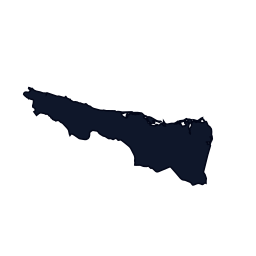 outline of Sinaloa, rotated 145°
{"feature_id": "MEX-2711", "entity_name": "Sinaloa", "entity_type": "State", "adm_level": 1, "iso_a3": "MEX", "parent_name": "Mexico", "parent_adm1": "", "projection": "robinson", "projection_center": [-107.612, 24.763], "detail": "fine", "context": "isolated", "style": "filled", "palette": "ink", "viewbox_px": 256, "rotation_deg": 145, "n_neighbors": 0, "source": "natural_earth", "source_scale": "10m", "svg_char_len": 5755}
<svg xmlns="http://www.w3.org/2000/svg" viewBox="0 0 256 256"><g transform="rotate(145 128 128)"><path d="M184.6,215.7L184.9,215.5L184.3,214.4L184.0,214.2L183.7,214.7L183.2,212.5L182.0,210.7L179.3,207.8L177.8,205.7L177.2,205.1L175.8,204.1L175.3,203.5L175.2,203.2L175.8,202.2L175.0,202.5L174.2,203.2L167.9,194.6L166.6,193.9L166.0,193.3L162.8,189.4L162.3,189.1L161.2,189.6L160.9,189.4L160.9,187.6L160.7,187.1L159.5,185.1L158.9,184.6L158.9,184.4L159.3,184.1L159.2,183.8L157.7,180.7L157.3,180.3L156.7,180.1L156.1,179.7L154.7,178.3L153.8,176.5L152.9,176.0L151.7,174.2L150.7,173.0L150.1,172.5L148.6,172.0L148.3,171.2L148.0,169.4L146.4,167.2L146.0,165.5L145.0,163.7L140.5,158.4L138.9,157.1L137.8,156.6L136.0,154.7L129.0,149.6L128.7,149.2L128.5,148.3L128.2,147.9L126.8,147.3L125.6,146.3L123.5,144.2L115.7,139.1L115.2,138.5L114.9,137.8L115.0,137.4L115.8,137.9L115.9,138.7L118.9,140.3L123.6,143.5L125.0,144.3L123.2,143.0L123.3,142.6L123.9,142.9L125.0,143.8L125.2,143.3L124.8,143.3L125.7,142.1L125.7,141.4L125.6,140.9L124.3,137.8L124.0,137.4L122.8,137.0L121.8,137.5L121.5,137.9L122.0,138.0L122.9,137.7L123.2,137.9L123.0,138.3L121.8,139.5L120.8,139.9L120.2,139.4L119.7,138.7L119.0,138.2L118.1,138.7L117.6,138.5L116.7,137.6L116.5,136.6L115.6,136.1L114.2,134.5L113.8,134.4L113.3,134.7L111.9,133.4L111.1,133.0L110.3,132.8L110.5,133.3L112.3,135.1L114.3,136.5L114.7,137.1L113.8,136.9L111.3,135.2L108.4,132.5L108.1,131.9L107.6,129.3L106.9,128.0L106.4,127.6L106.2,127.1L106.3,127.0L107.0,127.1L108.4,128.2L108.9,128.2L109.2,127.4L109.0,126.7L108.6,126.0L107.8,125.1L108.2,124.7L108.1,122.1L108.7,120.6L108.3,120.0L107.0,118.8L106.6,118.7L106.6,119.5L107.1,122.0L106.8,125.1L106.7,125.5L106.2,125.6L105.6,125.1L105.3,125.7L104.1,124.8L103.0,123.3L100.4,117.7L99.6,116.6L98.4,115.5L97.5,114.9L97.3,114.5L98.7,114.6L99.3,115.0L99.6,115.7L101.6,118.2L102.1,119.5L102.8,119.3L103.6,119.8L103.9,119.7L103.9,118.6L103.8,118.0L103.1,118.2L102.8,117.9L103.1,117.0L103.7,116.5L104.7,117.7L105.2,118.0L106.7,118.2L107.8,118.7L108.1,118.4L108.1,117.6L104.7,114.2L104.2,114.0L103.7,113.9L103.9,114.2L103.9,114.5L103.2,114.7L102.4,114.4L101.9,113.7L100.9,112.1L100.5,112.1L99.8,112.6L99.3,112.3L98.9,112.6L98.0,112.7L97.1,112.5L96.5,112.2L96.4,110.7L97.7,111.5L97.6,109.9L97.5,109.4L97.2,109.0L96.2,108.3L95.3,112.5L94.9,113.1L95.0,110.5L94.7,109.7L93.7,108.6L89.7,106.8L87.7,105.4L86.4,105.0L83.8,104.9L84.6,104.2L85.9,104.4L88.4,105.1L87.6,104.7L86.3,103.5L85.3,103.3L83.5,103.9L82.7,104.0L82.2,103.3L83.6,103.3L83.9,103.0L83.3,102.0L83.3,101.5L83.0,101.4L82.2,101.9L82.6,100.2L82.6,97.8L81.8,97.9L80.6,97.4L80.4,96.9L79.6,97.1L78.5,96.9L78.3,97.0L78.3,97.7L78.7,98.6L78.7,99.5L78.2,100.2L77.7,100.6L77.2,100.6L76.8,100.4L76.5,99.8L76.8,99.8L76.9,99.5L76.5,99.2L74.8,99.3L74.3,99.6L74.2,100.0L74.6,100.6L73.7,100.7L72.6,99.9L71.0,97.9L71.9,97.4L72.5,96.2L72.9,96.0L74.1,96.5L74.7,96.3L74.9,96.7L75.1,97.4L75.5,97.6L75.8,96.9L75.8,96.0L76.2,95.8L78.0,93.9L78.3,93.4L78.3,92.6L78.8,92.4L78.9,92.1L78.8,90.9L79.1,90.1L80.4,88.9L80.6,88.1L80.3,87.5L79.9,88.0L78.2,91.5L77.6,92.1L75.2,93.0L74.5,93.5L73.5,95.3L72.8,95.8L71.9,95.5L71.1,96.1L70.5,96.1L70.0,95.7L69.2,93.6L67.4,92.8L66.5,92.1L66.4,92.3L66.7,93.1L69.2,95.5L69.8,96.4L69.6,97.1L68.9,96.4L67.3,94.3L66.1,93.9L62.4,94.0L61.2,93.7L61.9,93.1L62.9,92.8L63.9,92.8L64.8,93.1L64.8,91.8L65.3,91.1L64.8,90.2L64.1,89.7L62.9,89.1L62.3,89.2L61.9,89.4L61.7,89.9L61.7,92.1L61.5,92.4L61.2,91.8L61.4,90.1L61.3,89.3L61.1,88.9L60.4,88.6L60.2,87.9L60.7,85.6L60.9,85.3L60.9,83.9L60.3,82.1L60.3,79.7L60.5,79.0L61.7,76.9L63.5,74.6L63.9,73.1L65.2,70.7L65.5,70.5L65.3,71.1L65.4,71.9L65.1,73.2L65.2,73.5L65.6,73.6L66.0,72.9L66.2,71.7L67.2,69.6L69.7,67.9L69.7,68.5L69.5,69.1L69.0,69.4L69.0,69.7L69.7,70.0L71.3,71.5L71.8,71.5L71.8,71.1L71.4,70.2L71.3,69.7L72.2,69.1L72.0,68.6L71.1,68.6L70.3,67.0L70.6,66.3L78.2,60.2L91.4,48.7L91.6,48.2L91.7,45.6L92.8,41.8L94.4,40.0L95.8,38.0L96.3,38.7L97.0,39.0L98.7,38.9L99.3,39.0L99.8,39.4L100.6,40.7L101.7,42.1L103.3,42.9L106.8,43.7L107.6,44.1L107.8,44.9L107.8,47.0L108.3,48.2L111.1,52.5L112.6,53.9L113.2,54.7L113.8,56.6L114.4,63.3L115.2,70.4L115.4,71.5L115.7,72.1L116.3,72.3L127.8,74.8L128.8,75.1L129.6,75.7L130.1,76.6L131.1,81.2L132.3,81.9L132.5,82.3L133.0,85.0L134.9,85.9L136.6,87.2L137.4,87.9L139.1,90.4L139.8,91.0L142.8,93.0L143.7,93.8L142.1,95.7L141.3,97.3L139.6,99.3L138.9,100.7L138.4,102.4L137.4,109.6L137.4,111.4L137.8,113.2L139.2,118.1L140.4,121.9L140.8,122.5L141.3,122.8L142.9,123.5L143.2,124.0L143.3,125.6L143.6,126.2L143.9,126.6L145.0,126.9L146.5,127.0L147.0,127.4L148.0,129.2L149.8,130.3L150.5,131.6L151.0,133.0L151.7,134.4L152.9,135.7L154.3,138.9L154.7,140.2L154.7,142.3L154.9,142.9L155.2,143.4L157.6,145.8L158.7,146.5L159.2,146.6L161.6,146.4L162.1,146.2L163.7,144.1L164.8,143.1L166.0,142.5L167.2,142.3L169.0,142.7L170.1,143.5L173.4,146.7L174.0,147.5L176.0,152.9L176.9,154.8L177.5,155.5L178.2,155.7L179.8,155.2L179.5,156.5L178.0,160.0L177.8,161.5L177.9,163.1L178.7,168.8L178.8,169.5L179.8,171.4L180.2,173.2L180.5,174.0L181.6,174.8L183.1,175.2L183.3,176.0L184.4,177.6L184.8,178.5L184.5,179.5L185.1,180.1L185.2,180.5L184.9,181.9L185.6,183.2L185.7,185.0L186.1,185.6L187.6,186.7L188.0,187.7L190.4,190.2L191.5,190.9L192.9,191.0L195.7,190.8L195.8,195.3L194.3,195.3L193.7,195.7L193.1,197.2L193.0,197.6L193.9,199.6L193.9,199.9L193.2,201.0L191.4,202.5L190.2,203.9L189.7,204.7L189.5,205.5L189.8,206.2L190.9,207.1L191.5,208.3L192.6,208.9L192.4,209.9L193.0,210.3L193.3,211.2L194.1,214.1L194.1,215.5L193.3,216.2L192.1,216.4L191.0,216.0L189.1,214.3L188.3,214.2L186.2,214.7L186.7,216.8L186.7,217.5L186.1,218.0L185.5,217.4L184.6,215.7ZM78.1,101.4L80.9,102.4L81.5,103.5L82.0,103.8L81.4,104.2L79.1,102.9L77.6,102.3L75.0,102.2L74.6,102.0L74.4,101.4L78.1,101.4Z" fill="#0f172a" stroke="#020617" stroke-width="1.5"/></g></svg>